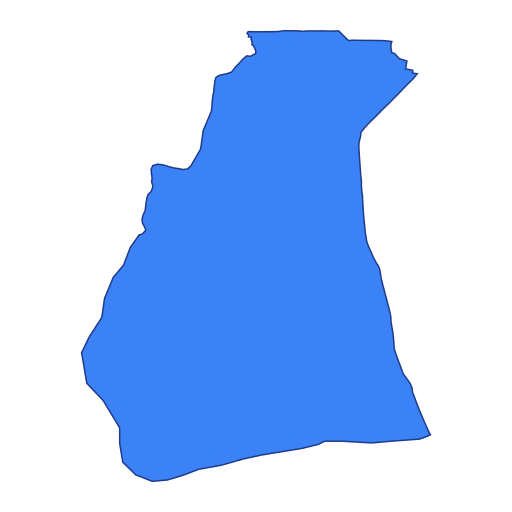 outline of Debubawi Mierab, Maekel, Eritrea
{"feature_id": "51966322B83108029246772", "entity_name": "Debubawi Mierab", "entity_type": "district", "adm_level": 2, "iso_a3": "ERI", "parent_name": "Eritrea", "parent_adm1": "Maekel", "projection": "orthographic", "projection_center": [38.916, 15.31], "detail": "fine", "context": "isolated", "style": "filled", "palette": "blue", "viewbox_px": 512, "rotation_deg": 0, "n_neighbors": 0, "source": "geoboundaries", "source_scale": "gbopen_adm2", "svg_char_len": 2548}
<svg xmlns="http://www.w3.org/2000/svg" viewBox="0 0 512 512"><path d="M119.6,427.8L119.7,434.5L119.7,443.6L122.8,462.2L135.8,474.9L152.3,481.3L167.4,480.0L184.3,474.8L198.6,469.3L221.3,465.2L243.9,458.8L261.1,455.1L267.2,454.1L281.2,451.8L286.6,450.9L302.9,448.2L318.5,444.3L324.7,441.2L341.8,441.2L371.9,442.9L392.3,441.1L419.5,439.1L426.8,436.5L430.4,434.8L428.5,431.1L426.7,427.1L424.0,421.1L421.4,414.8L419.4,410.2L418.2,407.0L415.9,401.1L414.2,396.4L412.6,392.6L412.0,387.9L410.3,383.7L405.3,376.6L403.2,373.8L402.1,370.9L400.6,366.6L397.8,359.4L394.7,350.4L394.1,347.6L394.0,344.8L393.6,339.7L393.1,334.3L391.0,321.5L390.8,316.8L390.3,314.1L389.4,310.0L387.6,303.4L386.6,299.2L385.4,295.0L383.9,289.0L383.0,285.9L382.1,281.9L381.2,278.9L380.7,274.8L379.7,269.4L378.6,266.3L376.3,262.9L375.1,260.6L373.5,257.7L371.8,253.7L369.7,249.0L368.4,246.1L366.9,242.1L365.9,236.3L365.4,233.4L363.9,218.7L363.2,209.9L362.6,199.0L362.4,195.1L361.9,192.2L361.7,189.6L361.4,185.7L361.4,180.5L360.6,173.8L360.4,170.4L360.1,166.2L359.8,162.7L359.6,158.9L359.4,156.5L359.2,153.2L358.9,148.8L358.9,146.2L358.9,143.3L359.6,140.0L360.6,136.0L360.9,132.4L365.0,127.4L368.1,123.9L370.9,121.1L376.3,115.9L381.5,110.5L386.2,105.9L388.9,103.4L393.9,98.3L395.9,96.3L407.1,84.7L413.6,78.3L417.2,73.7L414.6,73.4L412.5,72.9L412.8,70.4L405.6,68.8L406.9,61.0L399.4,58.7L394.5,53.4L391.9,52.8L391.1,49.3L390.9,47.0L391.1,44.1L391.8,41.5L384.0,40.6L377.1,40.5L369.1,40.4L365.0,40.4L357.7,40.3L351.6,40.2L349.7,40.6L347.8,40.0L338.7,30.9L330.0,31.1L322.7,30.9L314.8,31.0L312.5,30.9L305.8,31.0L303.4,31.4L298.9,30.9L284.1,30.7L281.0,31.1L277.4,31.6L256.3,31.8L248.2,31.6L247.0,33.4L248.6,34.7L248.4,36.9L251.5,37.1L251.0,39.3L252.3,42.4L251.9,44.6L253.6,46.0L254.6,48.1L255.7,50.7L255.8,53.4L250.4,56.3L246.6,55.9L243.8,58.3L241.5,60.6L239.9,62.4L238.0,64.5L235.6,66.8L231.6,72.1L226.1,73.9L221.0,74.9L218.0,75.9L215.8,77.7L214.9,81.3L214.1,87.4L213.7,92.3L213.0,95.1L212.2,101.2L211.9,107.0L211.4,111.1L203.2,130.6L201.3,144.4L200.5,149.2L191.0,165.7L187.5,169.0L182.8,169.5L178.6,168.6L174.1,168.0L168.8,166.6L162.8,164.8L157.4,164.2L152.8,165.6L151.1,169.4L151.5,173.4L152.1,178.3L151.6,181.8L152.9,186.1L152.2,188.8L150.9,191.8L148.1,194.4L146.8,198.3L146.1,202.8L145.5,207.7L145.1,210.9L143.2,214.6L142.0,219.4L142.6,223.3L144.2,226.2L145.9,230.1L142.1,234.1L139.2,234.8L130.3,247.5L123.6,265.0L113.3,277.3L104.5,298.5L102.6,312.3L101.7,317.6L89.3,336.8L81.6,352.7L86.8,383.2L103.3,400.7L115.2,420.4L119.6,427.8Z" fill="#3b82f6" stroke="#1e3a8a" stroke-width="1.5"/></svg>